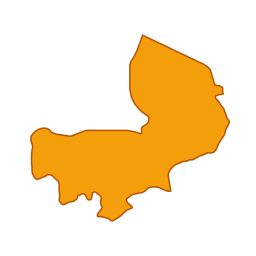 map outline of Biskra (Equal Earth projection), rotated 172°
{"feature_id": "DZA-2211", "entity_name": "Biskra", "entity_type": "Province", "adm_level": 1, "iso_a3": "DZA", "parent_name": "Algeria", "parent_adm1": "", "projection": "equal_earth", "projection_center": [5.569, 34.431], "detail": "fine", "context": "isolated", "style": "filled", "palette": "amber", "viewbox_px": 256, "rotation_deg": 172, "n_neighbors": 0, "source": "natural_earth", "source_scale": "10m", "svg_char_len": 2854}
<svg xmlns="http://www.w3.org/2000/svg" viewBox="0 0 256 256"><g transform="rotate(172 128 128)"><path d="M78.1,87.1L86.0,85.1L88.1,83.9L91.4,81.4L93.5,78.7L94.5,76.7L94.8,74.8L94.4,59.6L97.2,59.8L102.6,62.7L105.9,65.0L109.8,66.0L112.8,66.3L115.4,66.0L117.4,65.1L119.4,63.6L121.1,62.7L122.7,62.2L131.8,61.6L133.6,61.3L134.7,60.7L135.9,59.8L136.7,59.4L138.3,58.7L139.2,58.0L139.6,57.1L139.6,55.8L139.4,55.1L138.9,54.0L138.4,53.4L135.3,50.1L134.7,49.0L135.0,48.3L140.6,46.8L147.4,42.1L151.0,40.2L155.9,38.2L156.7,38.2L157.6,38.6L160.3,41.3L167.0,44.1L168.7,44.1L169.8,44.3L170.4,44.7L170.5,45.9L170.0,47.0L169.1,48.2L166.0,51.2L165.0,52.4L164.7,53.3L165.7,57.0L165.6,58.7L164.3,61.8L164.3,63.5L165.3,65.2L167.2,66.9L168.0,68.0L169.5,69.4L170.9,69.4L171.9,68.7L172.4,68.3L173.6,64.5L174.2,63.1L174.8,62.3L175.7,62.1L176.7,62.3L177.6,62.8L178.4,63.8L178.8,65.0L179.1,66.3L179.6,67.6L179.9,68.1L180.4,68.6L181.6,69.1L183.1,69.1L184.9,68.2L185.2,68.1L186.7,68.3L186.9,68.2L187.1,67.9L187.7,66.0L188.4,65.1L190.8,63.6L192.0,63.1L193.2,62.9L195.2,62.9L199.2,62.1L201.0,61.3L202.5,61.1L203.8,61.5L205.2,63.5L206.0,64.9L206.2,66.5L206.0,67.3L205.3,69.0L205.1,70.1L205.0,71.7L204.9,76.1L204.0,81.6L204.1,83.3L204.7,85.1L205.7,86.5L207.0,87.8L209.3,91.0L210.1,91.7L211.3,92.3L212.6,92.7L214.1,92.8L215.3,92.5L215.8,92.3L216.4,91.4L217.8,91.5L218.8,91.3L222.7,90.1L224.0,89.9L225.0,89.9L225.7,90.1L226.3,90.3L226.8,90.7L227.4,91.7L228.6,95.1L229.0,96.8L229.1,98.3L228.5,102.6L228.4,106.1L228.0,109.8L226.9,116.4L225.7,120.8L225.3,121.6L225.1,123.0L225.1,124.2L225.8,129.7L225.1,133.4L222.3,136.0L219.6,137.9L216.7,139.1L214.2,139.6L211.7,139.7L210.0,139.4L208.9,138.9L207.4,138.2L206.2,137.2L205.3,136.2L204.8,135.1L204.0,134.1L199.4,131.7L186.8,128.0L185.4,127.9L170.0,131.5L128.9,125.7L121.3,123.1L116.4,120.6L116.1,120.5L115.8,120.7L115.4,121.2L114.9,122.7L115.0,124.4L114.8,125.8L113.9,126.9L112.5,127.7L109.3,129.1L108.3,129.7L107.5,130.6L106.9,131.6L106.3,132.9L106.0,134.2L105.8,135.5L106.1,136.3L106.5,136.8L112.1,142.2L115.0,146.1L117.5,150.0L118.3,151.8L119.6,155.4L120.4,159.3L120.6,161.6L120.7,166.8L117.6,189.1L116.9,191.5L115.9,193.5L112.5,197.4L108.3,203.4L100.6,217.8L44.1,180.5L40.6,177.4L39.0,175.4L38.5,174.3L37.9,171.5L36.5,160.9L36.2,159.7L35.7,158.6L34.8,158.0L32.2,157.3L30.6,156.6L29.3,155.4L28.8,154.6L28.7,153.8L29.1,152.2L29.2,151.2L29.0,148.5L34.7,148.1L35.7,147.8L36.9,147.3L37.2,146.5L37.0,145.3L36.4,144.1L35.4,142.9L34.5,141.6L33.3,138.4L31.3,135.3L30.4,133.4L28.6,124.1L28.2,122.9L27.5,122.1L27.0,121.2L26.9,119.6L27.8,117.8L30.7,113.9L31.8,112.1L32.8,109.4L34.0,107.3L39.8,100.6L41.2,98.7L43.6,94.7L45.1,93.0L46.7,92.0L48.2,91.7L49.6,91.8L51.9,92.2L52.9,92.3L54.2,92.0L57.4,90.9L61.0,90.3L67.7,87.7L69.0,87.5L71.1,87.9L72.3,87.7L74.5,87.0L75.5,86.9L76.8,87.1L78.1,87.1Z" fill="#f59e0b" stroke="#b45309" stroke-width="1.5"/></g></svg>